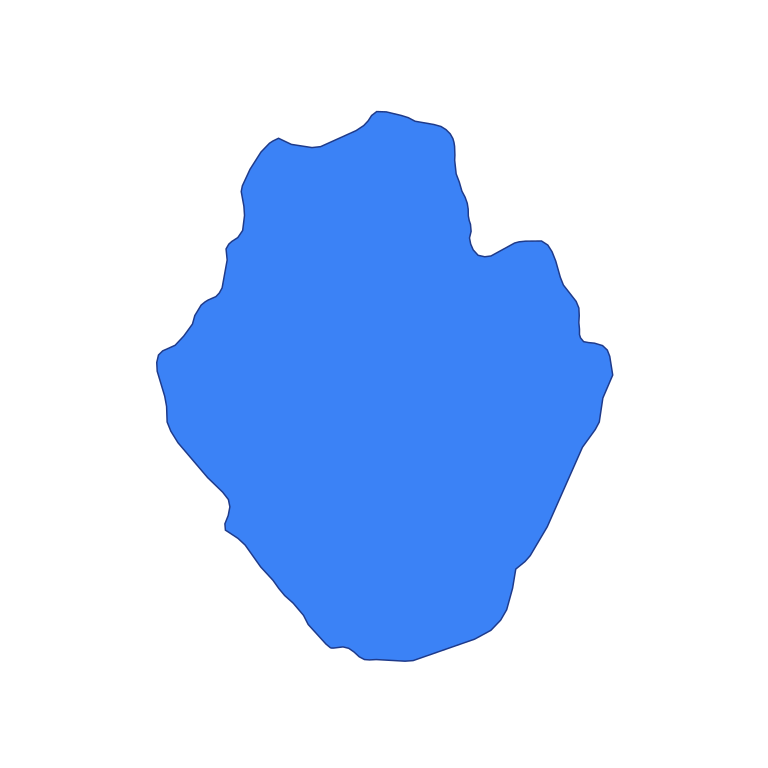 an SVG outline of Tochigi, rotated 144°
{"feature_id": "JPN-1859", "entity_name": "Tochigi", "entity_type": "Prefecture", "adm_level": 1, "iso_a3": "JPN", "parent_name": "Japan", "parent_adm1": "", "projection": "mercator", "projection_center": [139.743, 36.672], "detail": "fine", "context": "isolated", "style": "filled", "palette": "blue", "viewbox_px": 768, "rotation_deg": 144, "n_neighbors": 0, "source": "natural_earth", "source_scale": "10m", "svg_char_len": 1827}
<svg xmlns="http://www.w3.org/2000/svg" viewBox="0 0 768 768"><g transform="rotate(144 384 384)"><path d="M229.8,608.7L222.2,602.8L212.1,591.0L207.8,585.2L204.4,578.3L191.1,564.6L186.5,558.8L184.3,553.3L183.4,547.4L184.0,542.1L185.4,538.3L187.2,534.8L192.1,527.5L195.3,523.5L202.1,511.6L204.4,503.1L207.6,494.3L208.6,487.4L210.4,481.3L213.1,476.0L217.0,470.4L219.0,466.1L220.2,462.3L223.8,456.3L229.0,451.9L231.6,446.3L233.0,440.1L232.2,432.8L227.7,427.7L222.2,424.7L195.5,421.3L191.1,419.6L185.6,416.4L172.5,407.1L169.8,400.1L170.3,392.2L172.8,382.5L178.6,366.8L180.7,358.6L180.0,337.9L181.7,330.9L185.9,324.5L190.3,319.1L193.6,313.5L196.8,309.1L197.9,305.8L197.6,300.9L194.2,297.3L189.7,293.3L184.6,286.6L183.4,280.2L185.1,273.7L193.7,256.8L215.2,244.0L232.2,226.7L239.8,223.0L260.6,216.2L335.9,172.5L366.6,159.2L374.2,157.5L386.2,156.8L400.0,143.2L417.4,129.3L428.4,124.4L442.2,121.9L460.6,124.3L523.0,143.1L529.9,147.4L552.2,165.6L557.9,169.3L561.8,172.6L564.4,177.9L565.8,184.9L567.9,190.9L571.7,195.4L579.8,199.9L581.5,201.1L582.0,201.6L582.4,202.2L583.8,207.6L586.7,234.0L585.1,244.1L586.3,260.1L588.7,271.2L589.3,280.4L589.2,290.4L591.3,308.5L591.0,335.3L592.9,345.0L598.2,359.0L594.9,364.4L587.3,369.2L580.9,375.2L577.8,382.0L578.1,391.3L581.7,411.9L585.2,457.5L584.2,471.1L581.8,480.7L573.1,493.6L568.6,503.0L560.0,527.6L555.2,535.0L549.4,540.0L543.6,540.9L530.2,538.1L517.8,540.5L503.7,545.1L496.8,550.6L485.6,555.3L480.5,555.6L476.8,555.3L468.6,553.5L463.8,554.4L458.5,556.9L438.0,576.5L432.4,586.1L427.3,588.4L423.3,588.8L416.2,588.4L408.1,591.3L397.8,602.3L392.9,610.1L386.4,623.6L382.1,627.6L366.1,636.5L347.1,644.0L335.1,646.1L331.1,645.9L324.9,644.8L318.1,632.3L303.3,617.6L295.8,613.3L257.6,605.4L248.4,605.0L242.2,606.2L236.2,608.5L229.8,608.7Z" fill="#3b82f6" stroke="#1e3a8a" stroke-width="1.5"/></g></svg>